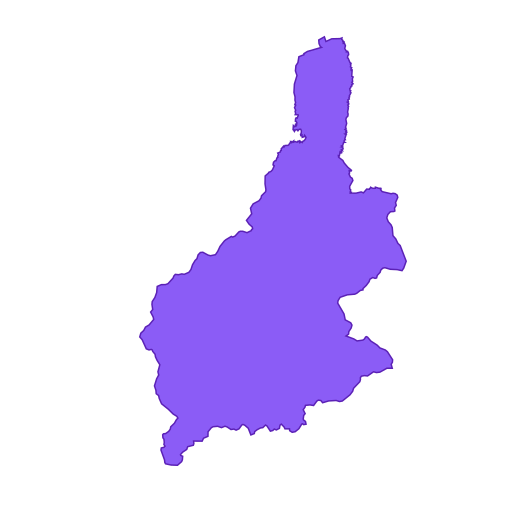 Lejanías, Meta, Colombia, rotated 248°
{"feature_id": "7082276B92663278655025", "entity_name": "Lejanías", "entity_type": "district", "adm_level": 2, "iso_a3": "COL", "parent_name": "Colombia", "parent_adm1": "Meta", "projection": "orthographic", "projection_center": [-74.051, 3.626], "detail": "fine", "context": "isolated", "style": "filled", "palette": "violet", "viewbox_px": 512, "rotation_deg": 248, "n_neighbors": 0, "source": "geoboundaries", "source_scale": "gbopen_adm2", "svg_char_len": 6107}
<svg xmlns="http://www.w3.org/2000/svg" viewBox="0 0 512 512"><g transform="rotate(248 256 256)"><path d="M94.6,111.4L97.8,113.0L99.3,111.5L100.2,111.6L101.6,114.5L102.6,119.3L104.8,121.2L104.0,127.0L105.3,128.1L107.8,128.8L104.5,136.7L106.7,139.1L106.8,143.9L111.0,145.7L113.5,150.2L113.8,152.2L112.5,156.6L109.8,159.7L109.8,163.5L108.3,165.2L104.5,167.8L103.8,170.7L102.0,172.3L102.1,175.5L104.6,179.5L104.7,180.8L103.3,182.2L99.2,184.3L92.0,184.2L92.0,187.9L93.7,189.0L94.5,192.0L94.9,195.7L94.3,198.0L95.7,201.5L94.3,202.5L88.2,203.7L87.9,206.2L88.7,208.1L87.1,209.7L87.4,213.1L90.2,214.9L90.6,216.5L86.9,218.0L84.9,218.1L83.2,222.3L81.4,221.8L79.0,223.5L78.4,226.5L79.8,231.1L83.0,235.4L83.0,236.3L81.8,237.0L81.3,239.4L84.1,239.9L86.4,238.6L87.3,238.8L90.3,240.5L91.4,242.5L95.8,242.2L97.5,244.8L99.0,245.9L97.7,250.3L95.8,253.4L98.7,258.1L99.0,259.8L97.7,262.0L95.0,262.8L94.4,269.1L92.0,276.2L89.8,278.9L89.2,281.7L92.1,291.2L94.4,295.0L96.8,296.9L100.6,305.2L102.4,306.6L104.0,307.1L105.1,308.7L104.5,311.7L103.0,314.5L104.6,321.6L102.8,324.0L101.9,327.4L102.9,335.3L100.9,340.3L105.0,340.8L106.3,342.6L108.6,343.8L118.0,342.0L120.4,340.7L124.4,336.4L127.9,335.0L134.0,330.7L139.0,329.0L139.9,328.1L139.8,327.2L138.4,325.4L138.0,323.5L139.4,317.9L142.5,315.6L148.1,309.5L148.9,312.6L151.1,313.7L153.6,317.3L156.0,319.1L158.6,318.8L163.4,314.8L169.3,315.9L181.7,314.1L183.8,315.3L186.2,318.5L185.8,326.1L183.6,333.3L183.7,335.5L185.0,339.8L184.5,342.5L185.7,343.0L187.4,347.2L189.8,351.2L191.8,352.9L192.3,356.2L190.7,358.0L190.5,359.6L192.6,361.2L194.4,365.0L196.1,366.3L197.2,368.9L196.9,371.1L193.4,375.5L190.5,381.8L187.7,385.9L189.4,388.4L194.9,393.3L211.7,393.6L214.5,392.3L219.5,392.0L223.6,390.6L231.4,393.0L234.3,392.9L238.2,391.5L242.3,391.5L245.1,393.8L246.7,397.2L245.6,400.5L245.7,401.6L248.6,402.4L250.4,405.0L253.3,405.4L257.2,409.4L259.6,409.7L261.7,408.4L262.8,406.6L263.1,404.6L268.4,397.1L270.8,396.3L271.3,397.1L272.0,397.1L272.8,395.2L275.1,392.5L274.1,392.0L275.0,389.6L276.7,388.1L276.1,387.8L276.1,386.7L275.4,386.1L276.6,383.7L274.3,379.3L276.0,377.5L276.8,372.2L278.9,367.2L279.5,368.1L280.0,367.3L281.8,368.6L283.2,368.1L285.6,369.0L289.7,374.1L292.0,374.3L293.8,373.1L297.3,372.9L297.8,373.8L300.1,374.4L299.5,375.1L300.0,375.7L299.3,376.1L299.7,376.6L303.8,374.4L309.3,372.6L312.1,372.3L316.6,369.6L318.2,370.0L317.6,370.8L320.3,372.5L319.8,373.1L321.0,373.2L320.1,374.3L322.1,374.7L321.5,375.5L322.5,375.3L322.7,376.9L324.3,377.1L325.0,376.2L325.0,377.2L326.0,376.8L325.8,377.6L328.4,379.7L328.1,381.0L328.8,380.5L329.8,380.9L330.4,381.6L330.3,382.4L331.5,382.3L334.6,384.9L335.7,384.3L335.4,385.3L336.0,385.2L336.4,386.2L337.4,385.6L338.1,386.1L337.4,386.6L338.9,387.0L340.0,385.9L340.7,387.4L341.8,387.2L344.9,389.7L349.0,390.5L350.4,391.6L351.3,393.6L353.2,394.6L355.1,394.8L358.2,396.8L359.3,397.0L359.8,397.8L361.6,397.6L361.8,398.6L362.6,399.1L364.4,398.3L364.3,399.5L366.3,399.6L366.6,401.3L368.0,401.5L368.5,402.4L369.4,402.4L371.8,405.2L372.8,404.8L373.9,405.8L374.6,405.2L376.1,405.6L376.6,406.9L377.6,407.4L377.8,408.7L379.1,408.9L379.3,410.5L381.2,409.9L381.7,411.0L384.2,411.7L385.6,413.1L386.8,412.1L392.4,414.8L392.5,413.8L394.0,414.3L394.7,415.3L396.0,414.4L397.7,415.6L398.6,415.4L399.1,416.3L400.2,415.6L404.8,415.5L405.4,415.0L407.3,416.1L407.9,417.3L409.8,417.8L410.8,417.7L411.3,416.6L411.7,417.3L412.5,416.4L415.2,416.0L417.4,417.7L420.0,417.7L420.4,416.7L421.4,417.9L422.2,417.6L422.2,416.8L423.7,417.2L424.7,416.6L426.0,417.4L426.1,415.3L429.0,407.6L428.7,401.2L433.6,401.5L432.8,395.1L429.3,394.0L426.1,394.1L424.9,394.9L426.4,380.3L425.7,376.2L424.7,375.9L424.7,370.4L419.6,367.3L417.5,364.3L412.9,361.9L408.0,361.6L401.0,356.0L393.3,352.4L388.9,351.8L385.9,350.5L383.5,350.2L381.8,348.7L381.4,349.3L380.7,349.1L379.2,347.3L376.3,347.4L375.6,346.5L373.2,346.1L372.4,345.3L371.2,347.9L370.6,347.9L368.4,345.8L369.1,345.0L368.3,344.0L366.2,343.0L365.7,343.7L364.2,343.8L361.8,342.4L361.5,341.8L362.9,341.7L361.7,340.9L361.5,340.0L362.9,339.5L359.3,337.7L358.6,338.7L358.1,338.1L357.1,338.3L358.0,339.3L358.0,340.4L357.8,341.5L356.4,341.8L357.3,343.5L356.8,344.9L355.1,345.0L352.7,343.8L352.2,342.9L351.2,342.7L351.0,343.6L350.5,342.9L349.6,343.9L348.7,343.4L348.5,345.4L349.6,346.3L347.3,346.8L345.9,345.6L344.9,343.8L344.8,342.4L343.9,341.4L344.7,340.9L344.6,338.9L345.4,338.8L345.8,340.0L346.5,339.7L346.2,338.9L346.8,338.1L346.1,336.7L347.5,335.1L347.5,333.4L348.6,334.0L347.9,331.6L348.9,331.6L349.2,331.0L347.9,330.8L348.1,329.7L346.8,328.1L346.6,327.1L347.6,324.3L346.6,322.8L347.5,322.7L345.9,319.5L344.4,319.0L344.4,318.2L343.3,317.4L343.3,314.7L341.7,314.8L340.3,313.4L339.3,313.2L339.1,312.1L336.9,310.3L337.2,309.5L336.4,307.4L334.1,305.9L332.8,306.7L329.7,303.5L328.8,301.5L328.8,299.1L328.2,298.6L326.8,294.5L319.5,291.4L313.7,290.0L312.0,289.0L309.8,283.7L307.8,282.3L306.1,279.5L305.4,272.9L302.4,268.8L296.7,267.8L292.6,260.5L288.1,261.5L284.4,263.4L282.5,263.1L282.0,261.6L281.3,261.2L281.0,256.4L283.8,253.1L284.8,250.8L284.8,249.2L282.3,243.9L282.3,241.4L283.4,240.5L282.4,234.2L281.8,232.3L278.4,226.3L274.6,222.2L272.4,218.9L273.3,213.9L274.8,211.9L279.4,208.1L280.1,205.7L278.8,202.8L275.6,200.2L274.7,197.9L271.7,193.9L267.8,190.6L266.0,187.6L265.9,182.6L267.2,180.5L267.7,177.1L269.2,174.3L268.2,172.3L266.6,170.8L263.3,164.0L263.4,161.4L264.9,157.5L264.8,153.0L259.3,150.2L255.4,146.7L252.6,142.7L250.1,141.4L245.1,140.2L243.5,137.3L238.1,137.8L235.5,137.4L232.1,131.0L231.5,126.9L229.0,124.0L227.6,120.3L224.5,117.9L221.0,119.1L211.0,119.5L209.0,121.6L208.6,123.9L207.7,124.6L206.3,124.5L202.7,125.6L200.1,125.0L196.3,125.2L191.2,126.1L185.4,121.7L182.1,121.2L179.4,117.9L173.6,113.2L169.0,112.9L165.7,111.9L163.1,113.4L160.0,112.9L154.3,113.1L146.8,117.3L140.5,120.0L137.1,122.5L135.0,122.9L134.0,120.8L131.5,117.7L129.6,113.0L127.5,111.6L126.1,109.3L125.2,105.8L125.8,103.6L125.2,102.5L122.3,101.6L120.6,102.0L117.5,101.1L115.7,100.0L113.8,100.4L113.1,99.0L113.5,96.3L111.7,95.2L101.2,94.8L98.7,94.1L97.2,94.3L94.0,99.0L91.4,104.8L93.2,110.0L94.6,111.4Z" fill="#8b5cf6" stroke="#5b21b6" stroke-width="1.5"/></g></svg>